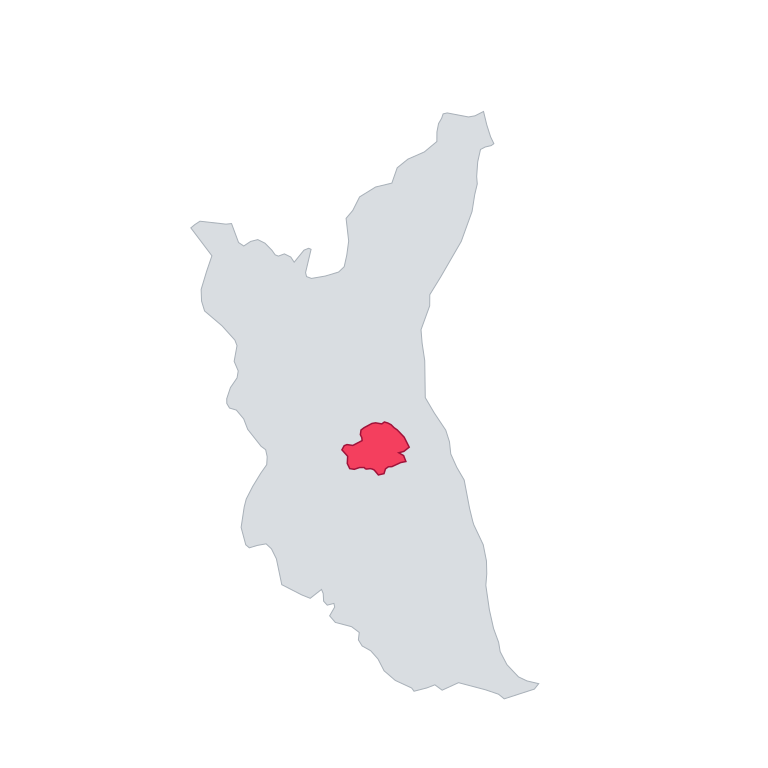 Călărași on a map of Moldova (orthographic projection), rotated 195°
{"feature_id": "MDA-1632", "entity_name": "Călărași", "entity_type": "District", "adm_level": 1, "iso_a3": "MDA", "parent_name": "Moldova", "parent_adm1": "", "projection": "orthographic", "projection_center": [28.345, 47.299], "detail": "fine", "context": "in_parent", "style": "filled", "palette": "rose", "viewbox_px": 768, "rotation_deg": 195, "n_neighbors": 0, "source": "natural_earth", "source_scale": "10m", "svg_char_len": 2510}
<svg xmlns="http://www.w3.org/2000/svg" viewBox="0 0 768 768"><g transform="rotate(195 384 384)"><path d="M157.0,134.6L159.8,128.2L186.4,111.0L193.1,114.0L206.8,114.9L234.7,114.8L248.6,103.3L257.0,106.6L264.0,101.5L275.5,95.0L277.2,96.4L278.6,97.5L296.4,100.6L309.7,107.0L318.6,116.8L327.8,122.9L337.3,125.3L342.5,130.2L343.6,137.6L352.5,141.2L369.3,141.1L376.5,146.0L373.9,155.8L375.6,159.1L381.6,155.7L386.1,158.6L388.5,165.9L391.2,169.4L399.8,157.9L408.9,159.0L430.8,163.7L442.7,187.3L450.1,195.7L456.5,199.1L464.6,195.3L471.7,190.9L475.9,192.9L484.9,208.5L487.2,229.0L487.3,237.2L484.3,251.2L479.9,266.1L476.4,275.7L478.0,283.5L481.3,289.9L486.6,292.0L503.9,304.9L510.5,314.0L519.9,320.6L527.0,320.8L530.8,324.5L532.1,329.1L531.4,340.8L527.5,351.9L528.2,358.9L534.6,367.1L535.4,376.8L535.9,383.0L539.4,387.8L555.4,398.2L576.2,408.1L581.7,416.9L585.1,428.0L584.5,446.9L583.4,463.3L611.0,484.8L608.0,489.0L603.9,493.6L578.0,497.5L572.8,499.5L561.1,483.0L555.2,481.0L549.7,487.2L543.3,490.8L535.4,489.2L526.9,484.2L522.6,480.6L519.1,480.2L513.9,483.9L506.9,482.5L502.3,478.4L495.9,492.6L491.9,495.6L489.3,495.2L488.6,471.3L486.6,467.7L481.4,467.2L468.8,473.0L456.8,480.4L452.8,487.0L453.3,498.8L455.1,512.9L463.5,534.2L459.1,543.5L456.0,558.4L443.1,572.1L428.4,580.1L427.2,596.3L419.1,607.4L405.1,618.6L395.7,631.9L398.1,641.1L398.7,649.7L397.1,655.6L396.8,660.2L393.1,662.2L371.5,663.8L365.5,666.6L358.4,673.0L351.8,660.9L345.0,650.3L340.1,644.6L342.2,642.0L347.6,639.1L351.5,635.5L351.0,622.9L348.2,608.4L345.7,601.4L345.4,590.5L343.6,573.4L346.3,541.7L357.0,501.9L362.9,482.1L360.1,471.3L362.3,446.0L357.8,433.4L350.7,417.1L340.6,381.5L328.0,369.1L312.4,355.4L305.8,345.1L301.4,333.7L292.2,322.4L281.7,312.0L269.2,286.1L262.8,274.4L260.8,271.2L246.6,254.5L239.2,239.5L235.6,227.2L233.5,215.8L223.8,193.2L214.9,176.2L206.4,164.1L202.5,155.5L192.6,144.7L178.3,135.9L169.0,134.2L157.0,134.6Z" fill="#d9dde1" stroke="#a8b0b8" stroke-width="1"/><path d="M406.5,314.1L404.1,315.9L398.2,316.6L390.5,323.7L391.6,326.5L393.7,328.9L394.3,333.6L391.9,336.7L385.4,342.8L382.1,344.3L375.8,344.9L373.8,347.4L370.2,347.3L366.6,346.5L363.0,344.4L359.4,343.1L350.8,337.9L343.3,329.5L347.4,324.0L351.9,321.4L346.5,319.9L342.8,314.8L347.6,312.4L355.0,306.2L358.3,305.2L360.6,302.4L360.8,297.4L365.9,294.7L371.2,298.4L373.3,298.8L375.4,298.7L378.9,297.3L380.1,297.3L381.5,298.2L386.0,297.0L390.6,293.9L395.2,293.4L398.9,297.7L400.4,304.8L407.6,309.5L406.5,314.1Z" fill="#f43f5e" stroke="#9f1239" stroke-width="1.5"/></g></svg>